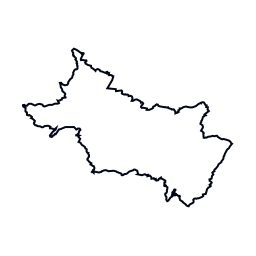 outline of Isverna, Mehedinti, Romania, rotated 171°
{"feature_id": "2599482B93606099266204", "entity_name": "Isverna", "entity_type": "district", "adm_level": 2, "iso_a3": "ROU", "parent_name": "Romania", "parent_adm1": "Mehedinti", "projection": "natural_earth1", "projection_center": [22.644, 44.967], "detail": "fine", "context": "isolated", "style": "outline", "palette": "ink", "viewbox_px": 256, "rotation_deg": 171, "n_neighbors": 0, "source": "geoboundaries", "source_scale": "gbopen_adm2", "svg_char_len": 5820}
<svg xmlns="http://www.w3.org/2000/svg" viewBox="0 0 256 256"><g transform="rotate(171 128 128)"><path d="M228.1,165.6L226.6,164.2L226.0,164.0L226.7,160.6L226.4,160.0L225.4,159.2L225.8,156.8L224.4,156.0L223.6,156.3L221.8,154.8L221.1,153.9L221.3,153.3L222.1,152.9L220.5,151.7L218.9,149.7L219.3,148.5L219.7,148.4L220.2,147.4L219.9,146.3L219.1,145.2L217.8,144.9L217.3,144.1L214.4,143.3L213.0,142.2L211.8,142.1L210.1,142.9L207.1,142.8L205.8,142.4L204.7,141.5L205.0,141.3L204.7,140.5L205.1,140.3L205.1,139.9L204.0,139.7L202.2,138.9L201.2,137.9L198.9,139.3L199.7,137.8L202.8,136.1L206.3,132.9L206.2,131.8L205.8,131.7L205.3,132.0L205.1,131.2L204.3,131.2L203.5,132.3L202.7,132.2L201.0,133.6L200.4,133.2L196.4,137.4L194.5,137.5L189.8,138.7L181.2,137.4L180.1,135.9L179.5,134.7L179.0,134.5L177.6,135.3L175.9,135.0L175.3,134.0L175.4,133.4L176.8,132.5L177.4,130.7L179.6,129.2L181.2,128.8L177.8,128.6L177.1,128.2L178.3,127.8L178.5,127.3L176.9,124.7L179.0,122.0L177.2,120.8L176.3,118.6L173.7,116.3L173.3,114.5L172.1,113.4L172.6,111.6L172.3,110.5L171.9,109.9L171.0,109.6L171.3,108.7L171.1,107.8L170.7,107.4L171.0,105.8L173.0,103.7L173.0,102.8L172.3,102.1L171.9,101.0L169.9,99.1L170.5,98.8L170.5,98.5L170.2,98.5L170.7,97.8L169.9,97.4L168.9,96.1L167.8,95.7L167.4,93.8L168.1,92.2L169.0,92.0L169.1,91.5L170.6,90.2L170.4,90.0L169.7,90.0L169.0,89.2L168.9,90.2L167.2,89.9L163.7,88.6L161.1,88.9L160.7,89.4L158.1,89.9L156.3,89.8L154.1,88.4L148.8,88.0L146.5,87.0L146.0,86.4L142.1,84.2L141.5,83.4L141.6,82.5L141.1,82.2L139.7,82.4L139.2,82.9L138.4,83.1L137.3,82.9L135.9,83.3L133.6,84.8L129.3,85.5L128.7,86.0L127.6,85.8L125.6,84.3L125.2,80.8L125.6,80.7L121.7,79.2L118.5,79.7L117.0,78.3L116.4,78.7L115.4,78.7L114.8,77.8L115.2,77.9L115.6,77.4L113.9,77.5L112.8,76.1L112.8,74.2L110.4,74.4L110.0,73.3L108.8,73.4L109.0,72.9L108.5,72.8L108.6,72.0L108.3,71.7L106.3,71.7L105.6,72.8L103.2,73.9L103.2,73.2L103.5,72.9L102.6,72.8L99.4,70.2L99.7,68.5L100.6,68.5L100.9,66.7L100.6,66.4L100.7,65.8L101.2,65.6L101.2,65.1L100.6,64.8L99.7,65.3L99.0,63.9L98.3,63.3L98.7,61.7L99.4,60.2L99.5,58.9L100.5,57.6L101.4,57.4L101.7,56.4L101.4,54.8L100.8,53.7L101.4,51.3L100.7,49.6L99.6,49.9L97.0,52.6L94.9,53.6L94.8,53.9L95.4,54.1L94.7,55.8L94.1,56.4L94.3,57.4L93.3,58.1L92.1,59.8L91.5,60.0L90.8,59.7L90.8,59.3L92.3,57.9L92.1,57.6L92.7,56.6L92.5,56.0L93.8,54.4L92.0,54.1L91.2,55.6L90.9,55.4L91.1,54.3L89.9,54.2L88.8,52.8L87.6,52.9L87.4,52.5L88.1,51.1L87.8,48.6L85.5,46.7L85.5,46.1L83.2,43.8L82.2,42.2L80.8,41.3L80.3,41.2L79.8,42.1L78.3,43.1L75.8,43.8L74.9,44.5L74.6,45.7L74.8,46.8L73.9,47.7L72.8,47.9L71.3,47.4L70.6,47.7L69.4,47.5L65.7,48.3L64.4,49.0L64.4,50.6L61.5,50.7L59.4,55.3L58.2,56.4L55.4,57.6L55.4,58.2L56.1,58.5L56.3,59.2L54.5,60.1L53.9,61.0L54.1,61.6L55.6,63.0L55.6,64.5L53.4,64.9L52.5,67.6L51.0,68.6L51.7,70.6L50.9,71.3L49.4,71.7L49.5,72.6L48.9,73.5L47.7,74.1L45.4,76.2L44.2,78.0L41.2,79.6L40.8,80.6L38.8,82.4L37.8,85.2L37.2,85.5L36.5,87.2L33.5,91.1L31.2,92.5L30.4,93.8L27.7,96.2L28.4,96.8L29.1,98.6L30.4,99.9L35.2,102.2L36.7,102.1L37.5,102.5L40.6,105.0L41.0,106.0L41.8,106.5L44.2,106.4L45.6,107.0L47.8,106.7L50.2,106.8L52.2,106.2L53.0,106.5L53.9,106.3L54.8,106.6L54.5,110.4L54.0,111.0L54.3,111.2L54.8,112.7L56.3,113.9L54.0,116.7L53.8,117.5L54.0,119.1L55.8,120.7L55.5,121.7L54.6,122.6L54.5,123.5L53.6,124.3L52.2,127.2L50.9,127.8L50.7,128.4L49.4,128.4L49.7,128.8L49.0,129.1L50.0,129.1L50.2,129.5L45.5,132.1L46.5,133.7L45.9,136.0L47.5,136.6L46.8,138.0L47.8,138.4L48.9,141.2L50.0,141.8L52.0,141.5L52.1,141.1L52.4,141.3L54.6,140.7L57.5,139.0L61.3,138.3L63.3,138.6L66.1,139.5L67.0,140.1L69.8,140.0L72.1,139.0L73.8,139.2L73.7,138.5L74.7,137.7L75.5,137.5L75.3,136.8L75.5,135.9L76.6,136.0L76.9,135.3L78.4,135.3L78.9,135.1L78.7,136.9L79.9,139.3L81.8,139.4L82.1,139.9L85.1,141.4L85.2,142.2L86.6,142.2L88.0,142.9L88.3,142.7L93.2,144.4L94.5,145.1L94.9,146.4L96.0,146.5L96.1,146.8L97.0,146.5L97.9,145.6L99.8,145.1L100.1,143.9L101.3,143.3L104.3,142.6L106.7,143.0L106.2,144.3L109.7,145.6L111.2,145.7L111.9,146.7L111.1,148.2L110.0,148.8L109.2,149.8L109.7,151.0L111.3,151.0L111.2,151.8L111.7,152.6L114.9,154.9L116.6,154.9L119.0,154.0L120.1,154.2L119.6,155.0L118.9,156.7L119.2,158.5L120.4,159.4L122.4,159.4L122.5,160.4L123.2,161.1L124.8,161.2L125.5,161.8L126.5,161.6L128.5,162.8L128.7,163.1L128.0,165.2L128.5,166.1L134.1,166.3L134.0,168.3L142.2,170.4L136.1,177.8L134.4,181.4L135.5,181.9L135.6,182.4L137.1,183.2L138.5,183.1L138.7,183.3L138.4,184.4L139.6,184.8L138.8,185.5L140.5,185.7L140.0,186.7L140.6,186.7L141.2,186.1L142.3,186.2L144.5,187.7L146.3,188.4L146.8,189.0L146.8,189.7L148.4,190.8L149.1,191.0L150.9,190.3L151.2,189.6L152.9,191.8L154.7,193.2L154.9,194.4L154.8,195.2L157.7,196.5L159.7,198.1L160.1,199.3L158.5,200.7L158.6,201.3L160.5,201.6L162.0,202.3L163.8,202.4L163.9,203.4L163.5,204.1L161.5,206.9L162.0,208.1L160.6,208.0L160.2,208.3L160.2,208.8L162.9,209.7L166.4,213.1L169.0,214.8L171.2,213.3L170.9,211.8L170.4,211.1L170.4,210.3L170.8,209.2L170.4,208.4L170.8,208.3L170.8,208.0L168.6,205.3L168.5,204.9L168.8,204.1L169.2,203.9L168.0,201.4L168.7,200.2L168.1,199.5L168.5,198.3L168.4,197.3L168.1,197.1L168.7,194.5L169.7,194.0L170.8,194.2L172.1,193.3L173.6,191.0L173.4,189.7L174.6,188.3L175.2,186.7L176.0,185.9L177.1,185.5L178.7,183.9L179.9,182.6L180.1,181.4L181.1,180.2L183.8,180.1L185.7,181.2L186.1,181.9L187.3,182.8L187.2,183.1L188.2,183.2L187.9,181.1L188.0,178.8L187.0,176.5L187.1,174.9L184.7,171.9L184.7,171.1L185.5,169.9L185.6,168.8L184.2,167.5L185.2,167.9L188.1,167.9L188.5,167.6L189.0,166.4L190.4,166.3L190.7,166.0L192.5,165.7L193.1,166.0L192.3,163.4L193.6,163.0L196.3,163.5L199.4,162.7L202.1,163.2L207.1,162.3L208.3,162.9L208.4,163.6L209.3,164.8L210.3,165.0L211.1,165.6L213.9,165.6L215.2,165.0L216.6,164.9L219.7,167.0L220.4,167.2L222.4,167.3L224.3,165.8L226.2,166.1L226.6,167.0L228.0,167.1L228.3,166.4L228.1,165.6Z" fill="none" stroke="#020617" stroke-width="2"/></g></svg>